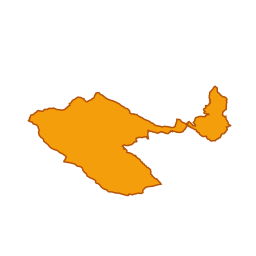 the district of Zapatoca, Santander, Colombia, rotated 108°
{"feature_id": "7082276B90716501324077", "entity_name": "Zapatoca", "entity_type": "district", "adm_level": 2, "iso_a3": "COL", "parent_name": "Colombia", "parent_adm1": "Santander", "projection": "equal_earth", "projection_center": [-73.303, 6.849], "detail": "fine", "context": "isolated", "style": "filled", "palette": "amber", "viewbox_px": 256, "rotation_deg": 108, "n_neighbors": 0, "source": "geoboundaries", "source_scale": "gbopen_adm2", "svg_char_len": 5823}
<svg xmlns="http://www.w3.org/2000/svg" viewBox="0 0 256 256"><g transform="rotate(108 128 128)"><path d="M166.7,203.9L168.6,198.7L169.4,197.7L170.4,196.0L170.9,194.4L171.3,191.4L171.2,188.8L171.6,187.3L172.2,186.0L172.7,184.0L172.7,182.3L173.6,180.0L174.0,178.4L174.5,177.8L177.5,178.1L179.3,178.7L179.9,178.5L178.9,171.8L178.7,167.9L178.8,166.6L179.8,165.2L179.9,164.3L179.5,161.4L179.7,160.3L180.1,159.2L182.0,157.9L183.4,156.1L184.5,153.4L186.3,152.0L187.1,148.4L187.4,144.5L187.9,143.1L188.2,142.4L189.6,142.1L190.2,141.3L190.3,140.3L190.1,139.6L190.2,138.8L190.7,137.5L192.4,135.2L192.7,134.4L193.4,132.2L193.5,131.3L193.3,129.5L194.6,127.0L194.5,126.2L193.7,123.3L193.7,120.2L192.8,116.5L192.5,108.3L191.9,106.7L191.0,106.9L190.6,106.6L190.4,106.0L190.1,103.0L189.2,102.0L187.1,98.6L186.7,97.7L186.4,95.9L186.0,94.9L184.7,93.8L183.4,94.5L182.5,94.5L179.9,93.4L178.7,92.5L177.2,89.9L175.8,86.6L173.2,82.9L171.2,79.2L170.0,80.6L169.7,81.6L168.8,82.8L168.1,84.4L167.6,84.7L167.7,86.6L167.1,88.2L166.6,88.9L166.3,90.1L165.6,90.4L164.7,92.2L162.6,92.7L162.0,93.2L161.1,93.5L160.5,94.2L159.4,96.9L159.6,97.7L159.3,98.3L158.6,99.1L158.2,100.7L157.2,101.7L157.1,103.0L156.8,103.3L156.6,103.8L156.2,103.9L155.8,105.4L154.5,106.8L153.9,108.0L153.9,109.3L153.4,109.8L152.9,111.3L152.5,111.6L152.7,112.7L152.6,112.8L151.9,112.6L152.2,114.4L151.7,115.2L151.2,116.8L151.5,118.1L151.0,119.0L151.6,120.4L151.5,121.7L150.3,121.9L149.7,122.2L148.7,123.9L148.7,124.4L149.2,124.9L149.3,125.6L148.0,125.5L147.7,126.3L147.3,126.8L147.2,127.6L146.6,127.7L146.3,127.2L145.6,126.9L145.2,126.3L145.2,125.9L145.4,125.1L145.3,124.4L144.9,123.6L144.7,122.7L144.4,122.0L143.6,121.2L143.4,120.6L142.4,119.2L140.6,118.1L139.6,117.8L138.6,116.5L138.4,115.6L137.7,115.5L137.3,116.4L135.6,117.0L135.2,117.0L135.0,116.4L134.2,115.9L133.0,113.4L132.9,111.9L131.4,109.7L131.1,108.8L130.6,108.1L130.7,107.5L131.2,107.4L131.2,106.6L131.8,106.6L132.2,106.3L131.9,105.3L127.9,107.3L126.9,107.6L126.0,107.4L125.0,107.9L124.6,107.7L124.2,108.1L123.9,107.3L124.3,106.5L123.9,104.3L124.1,103.6L123.8,101.5L123.9,98.5L123.8,98.2L123.2,97.8L123.1,97.2L122.6,96.9L122.1,96.1L121.3,95.6L121.4,94.4L121.1,94.2L121.3,93.5L121.1,93.0L121.4,91.3L121.1,88.5L120.5,87.9L119.9,87.6L119.3,86.9L118.8,87.0L118.3,86.5L117.9,86.7L117.6,86.3L117.7,84.8L117.0,85.0L117.1,83.4L116.8,82.6L117.0,80.2L116.7,79.5L116.3,77.4L114.7,74.9L114.3,74.5L113.5,74.5L111.4,73.3L110.7,73.4L109.9,72.9L109.1,72.9L108.5,72.5L107.8,72.8L106.9,72.3L107.0,71.3L107.8,70.6L107.8,70.1L107.5,69.7L107.4,69.2L107.9,68.9L108.1,68.5L108.3,67.2L108.1,66.3L108.9,64.3L108.8,63.4L108.6,62.9L109.1,62.2L110.0,61.8L110.1,61.1L110.6,60.4L110.5,58.9L111.5,58.5L112.0,57.5L113.0,54.8L112.8,53.4L111.9,51.7L111.7,51.0L111.9,50.6L112.5,50.5L113.8,49.2L113.9,48.6L113.7,47.5L114.6,45.5L114.6,45.0L114.5,44.4L113.6,42.8L113.2,41.1L111.5,40.4L110.3,38.8L109.2,38.3L108.6,37.3L107.7,37.4L106.6,37.0L106.0,37.3L104.5,36.6L103.4,34.7L102.6,34.5L101.8,33.9L100.2,33.8L99.0,33.1L97.3,34.0L96.7,34.6L96.1,33.4L95.0,32.4L94.1,31.2L93.9,31.2L93.5,33.5L91.4,34.9L89.5,37.2L88.3,38.0L87.2,38.4L87.6,38.6L87.6,39.0L87.4,39.6L87.0,39.5L87.2,40.4L86.7,42.1L85.4,42.2L84.0,42.7L83.4,42.7L80.6,41.0L80.1,40.4L79.3,40.5L75.4,41.7L72.6,42.1L71.8,42.8L71.4,43.0L70.6,42.6L70.1,42.7L68.9,44.5L68.6,45.8L69.0,47.3L68.0,50.3L66.9,51.8L66.4,53.6L65.2,54.6L62.4,55.4L62.0,56.9L61.4,58.0L62.8,59.0L64.9,59.4L68.6,61.1L69.3,61.3L70.4,60.7L72.4,60.7L73.3,60.2L74.3,60.0L74.8,59.8L75.4,58.7L76.1,58.7L76.3,58.4L77.0,58.8L78.7,57.4L79.1,57.6L79.4,58.3L80.8,58.1L81.7,59.0L82.6,59.8L82.6,60.9L82.8,61.1L83.2,61.1L84.1,60.3L84.7,60.1L85.0,60.2L86.1,61.7L87.1,61.9L88.0,60.9L88.4,59.8L89.5,60.5L89.9,60.5L90.5,59.9L89.9,55.5L90.3,55.0L90.7,55.0L90.3,55.2L90.3,55.6L90.7,56.6L91.5,57.1L92.3,58.1L93.5,58.3L93.7,58.7L94.1,61.1L94.7,63.1L97.1,66.6L98.5,67.0L100.4,66.8L101.4,67.0L102.5,67.6L102.9,67.2L103.5,65.8L104.1,65.5L104.3,64.9L104.6,64.6L105.2,64.6L105.2,65.7L105.6,67.2L105.0,67.7L103.0,71.9L103.7,72.6L104.2,72.4L104.9,72.8L105.4,73.6L105.8,73.3L105.8,72.7L106.7,73.4L106.0,75.3L105.6,78.6L105.1,79.7L104.3,80.6L104.0,81.4L104.6,84.2L106.0,83.8L109.4,83.7L111.0,83.9L112.0,83.7L112.4,83.8L114.0,86.0L114.2,87.3L114.1,88.3L114.9,92.8L115.3,94.1L116.6,96.1L116.4,97.9L116.9,100.8L117.0,102.1L116.8,103.8L115.8,105.7L116.0,107.1L115.0,110.0L114.8,114.2L114.5,115.8L113.7,118.2L113.9,119.0L113.4,121.6L113.2,122.5L112.5,123.6L113.0,125.7L112.7,126.8L113.4,128.1L113.4,129.8L113.1,130.7L112.7,131.1L112.2,131.5L111.5,131.5L111.3,131.7L110.0,133.9L109.8,135.5L110.0,137.0L109.2,138.6L108.9,141.1L107.7,143.8L107.6,145.5L107.3,146.1L106.8,150.7L107.1,153.2L106.8,154.2L106.9,155.6L106.7,157.3L105.4,160.9L104.7,162.4L104.7,164.2L104.3,165.2L103.4,166.3L103.8,167.9L104.7,169.3L105.8,169.1L106.7,169.6L107.8,169.7L108.7,169.6L109.8,169.9L110.7,170.5L111.4,171.3L112.3,171.5L114.6,174.3L115.5,174.5L115.7,175.1L115.8,175.8L115.4,177.1L115.1,177.5L114.9,178.2L113.9,178.8L113.8,179.0L114.0,181.0L113.6,181.9L113.6,182.5L114.2,185.3L117.0,187.4L117.6,188.1L119.2,189.5L121.0,189.7L121.8,190.4L123.2,191.3L124.5,190.2L125.1,191.0L125.9,191.4L126.6,192.2L127.6,192.2L128.7,193.4L129.7,193.8L130.5,194.5L131.8,197.5L131.7,198.8L132.3,200.5L132.4,202.0L132.0,204.7L132.6,206.1L133.1,206.6L133.2,207.5L133.7,209.1L134.2,209.8L135.3,210.5L136.1,213.0L136.4,213.4L138.0,213.9L138.5,214.3L139.1,218.0L139.1,218.8L140.4,219.8L141.0,219.8L142.7,221.3L143.4,221.5L144.1,222.2L144.7,222.4L145.6,224.2L146.7,224.5L148.2,224.3L148.8,224.8L149.1,224.8L149.7,224.2L150.9,224.6L151.2,224.2L151.8,224.8L152.2,223.9L152.1,220.6L153.3,219.6L153.3,216.2L153.6,215.3L154.6,213.9L155.9,213.2L157.0,212.1L157.7,211.7L159.0,211.9L159.9,211.7L162.3,210.2L163.8,207.9L164.0,206.7L164.8,205.1L165.3,204.7L166.7,203.9Z" fill="#f59e0b" stroke="#b45309" stroke-width="1.5"/></g></svg>